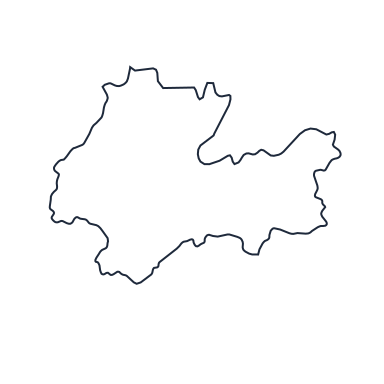 an SVG outline of Trento, rotated 23°
{"feature_id": "ITA-5460", "entity_name": "Trento", "entity_type": "Province", "adm_level": 1, "iso_a3": "ITA", "parent_name": "Italy", "parent_adm1": "", "projection": "albers", "projection_center": [11.175, 46.106], "detail": "fine", "context": "isolated", "style": "outline", "palette": "slate", "viewbox_px": 384, "rotation_deg": 23, "n_neighbors": 0, "source": "natural_earth", "source_scale": "10m", "svg_char_len": 4734}
<svg xmlns="http://www.w3.org/2000/svg" viewBox="0 0 384 384"><g transform="rotate(23 192 192)"><path d="M301.4,83.3L302.8,88.1L303.2,93.4L304.8,94.7L309.8,95.8L311.6,96.5L312.9,97.6L313.5,98.2L313.9,98.9L314.3,99.8L314.3,100.8L314.0,102.1L312.9,103.7L312.0,104.5L310.4,105.6L309.2,106.7L308.6,107.4L308.1,108.1L307.7,109.5L307.2,111.4L306.3,119.2L305.9,120.1L305.0,120.8L302.1,121.2L301.3,121.5L297.8,124.0L297.3,124.7L297.0,125.8L297.2,127.4L297.6,128.6L298.1,129.5L304.8,137.0L305.7,138.4L306.1,139.2L306.4,140.0L306.5,141.4L306.2,145.8L306.5,147.2L307.1,148.1L308.0,148.4L309.0,148.4L313.3,148.3L314.2,148.5L315.0,148.9L315.5,149.5L316.2,151.2L316.8,151.8L317.5,152.3L319.3,153.0L320.0,153.3L320.4,153.8L320.5,153.9L319.3,158.3L319.2,159.9L319.3,161.2L319.7,162.0L320.2,162.6L321.5,163.8L327.0,166.8L327.7,167.4L328.2,168.0L328.6,168.9L328.5,169.9L327.9,170.9L326.1,172.0L323.8,173.0L322.8,173.9L321.5,175.3L317.6,181.1L316.9,182.7L316.2,183.7L315.2,184.7L313.0,185.9L305.1,188.6L301.6,191.0L299.8,191.6L297.8,191.9L287.8,192.1L282.0,193.2L281.0,193.7L280.3,194.8L279.6,196.9L279.9,199.8L280.1,201.4L280.9,203.5L281.0,204.5L280.7,205.6L279.8,207.0L278.3,208.5L277.7,209.7L277.1,211.7L276.5,218.4L277.3,223.7L271.7,226.0L268.7,226.4L264.4,226.0L262.5,225.4L261.8,225.0L261.2,224.4L260.7,223.8L260.2,223.0L259.1,219.7L258.1,218.1L256.8,216.9L256.2,216.4L255.4,216.0L254.5,215.7L253.4,215.6L251.2,215.6L242.9,216.5L241.3,217.2L233.1,223.0L228.5,224.3L224.4,224.7L223.5,225.3L222.7,226.2L222.1,228.3L222.0,229.6L222.2,230.7L222.9,232.4L223.0,233.2L222.7,234.2L221.4,235.5L220.4,236.7L219.2,238.8L218.3,239.9L216.9,240.3L216.0,240.0L215.1,239.5L213.8,238.4L213.2,237.8L212.8,237.2L212.4,236.4L211.8,235.8L211.1,235.5L210.3,235.6L209.6,236.1L208.9,236.6L206.7,239.1L203.8,241.0L203.0,242.0L202.3,243.5L201.5,246.7L200.1,250.1L189.6,269.1L189.3,270.0L189.4,271.3L190.0,273.3L189.9,274.2L189.4,275.0L187.5,276.2L186.7,276.7L186.4,277.6L186.4,278.9L187.0,281.9L186.9,282.9L186.8,283.7L180.1,295.3L176.9,298.1L173.7,297.9L164.7,294.7L163.8,294.6L162.8,294.7L161.0,295.1L159.8,295.1L158.3,294.8L156.3,294.0L155.2,294.2L154.4,294.6L152.0,298.2L151.4,298.9L150.8,299.5L150.1,299.9L149.4,300.1L146.3,299.2L145.5,299.5L144.8,300.0L143.8,301.4L143.3,302.0L142.6,302.5L141.7,302.7L140.7,302.6L139.5,301.6L138.0,299.9L135.5,295.7L133.9,294.2L132.6,293.5L130.7,293.8L130.0,293.3L129.6,292.1L129.7,289.8L130.6,284.8L130.6,284.7L130.7,283.7L130.9,282.8L131.2,281.9L131.6,281.0L132.0,280.3L134.3,277.8L134.8,277.1L135.1,276.0L135.0,274.5L134.2,271.9L134.0,270.3L133.0,268.5L132.3,267.4L125.1,263.0L121.8,261.1L119.2,260.1L118.5,260.0L116.9,259.9L111.0,260.9L110.0,260.9L109.2,260.7L106.8,259.4L106.0,259.1L105.0,258.9L104.0,259.0L100.4,260.0L99.4,260.2L96.5,259.9L95.7,260.2L95.1,260.7L94.7,261.5L94.3,262.3L94.1,263.3L93.9,265.4L93.8,266.4L93.5,267.2L93.0,268.0L92.5,268.7L91.7,269.1L90.8,269.4L88.8,269.6L84.4,269.3L83.5,269.5L82.7,269.9L80.3,272.3L79.5,272.7L78.7,273.0L77.8,273.1L76.8,272.9L75.1,272.3L73.5,271.4L72.9,270.7L72.7,269.6L73.3,266.4L73.2,265.2L72.4,264.3L71.4,263.8L68.4,263.1L67.7,262.6L67.2,262.0L66.7,260.7L65.0,254.3L63.9,251.3L63.9,250.0L64.0,248.4L64.8,245.8L66.0,243.3L66.3,242.2L66.2,241.1L65.6,239.5L64.1,236.9L63.8,236.0L63.5,235.1L63.3,234.2L63.1,233.0L63.0,229.5L62.8,228.4L62.6,227.8L62.0,227.3L58.2,226.3L57.4,226.0L56.7,225.5L56.1,224.8L55.7,224.1L55.4,223.2L55.6,221.6L56.0,219.7L57.2,216.2L58.1,214.7L59.0,213.7L61.3,212.3L62.0,210.6L62.8,208.0L64.1,202.1L65.0,199.6L65.8,198.0L67.1,197.0L72.5,191.6L73.0,190.9L73.4,190.1L73.7,188.7L74.8,178.7L74.8,172.0L75.1,170.3L75.4,169.0L77.0,165.8L79.6,158.7L79.6,156.8L79.3,154.2L77.9,148.5L77.6,145.9L77.6,144.0L77.8,143.0L78.0,142.0L78.0,140.9L77.8,138.9L77.5,138.0L75.6,135.6L68.6,130.1L69.8,127.4L73.0,124.5L74.1,123.9L75.1,123.8L79.3,124.0L81.3,123.8L83.0,123.2L83.8,122.8L85.1,121.7L86.9,119.8L87.5,118.9L88.1,117.7L88.5,116.7L88.8,115.6L88.7,112.5L87.2,104.9L86.8,102.9L86.3,101.2L92.1,102.5L107.9,93.4L111.1,93.5L113.5,95.9L117.3,103.3L124.8,107.6L153.1,95.0L155.7,96.8L160.4,102.3L162.8,103.7L165.1,100.6L163.8,92.9L163.5,85.6L169.0,83.5L174.7,91.2L177.3,92.6L179.7,93.0L182.2,92.3L188.2,88.2L189.8,88.6L191.2,91.7L192.1,97.6L189.7,129.5L189.8,131.5L181.6,145.9L181.2,150.5L182.6,154.9L185.0,158.4L187.9,160.7L192.6,161.5L197.1,159.6L205.2,152.4L210.8,144.7L212.6,143.4L215.1,144.9L217.6,148.1L220.2,149.7L223.3,146.6L224.1,143.6L224.5,140.6L225.1,137.7L227.0,135.3L229.0,134.3L233.3,133.7L235.3,132.6L236.9,130.2L237.9,127.8L239.2,126.1L241.6,125.7L250.2,127.6L253.2,126.7L257.3,123.8L259.1,121.7L260.5,119.1L268.6,96.5L271.9,91.0L276.3,87.3L281.9,85.7L293.2,86.6L295.5,84.9L297.3,82.5L299.1,81.3L301.4,83.3Z" fill="none" stroke="#1e293b" stroke-width="2"/></g></svg>